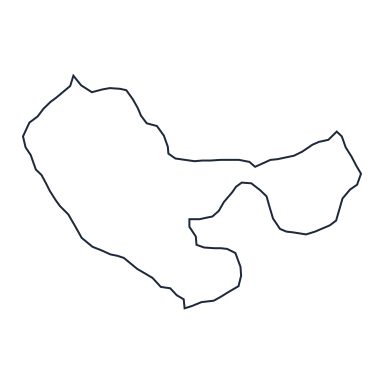 the district of Agia Trias, Cyprus
{"feature_id": "46923920B13972666362047", "entity_name": "Agia Trias", "entity_type": "district", "adm_level": 2, "iso_a3": "CYP", "parent_name": "Cyprus", "parent_adm1": "", "projection": "equal_earth", "projection_center": [34.248, 35.534], "detail": "fine", "context": "isolated", "style": "outline", "palette": "slate", "viewbox_px": 384, "rotation_deg": 0, "n_neighbors": 0, "source": "geoboundaries", "source_scale": "gbopen_adm2", "svg_char_len": 1433}
<svg xmlns="http://www.w3.org/2000/svg" viewBox="0 0 384 384"><path d="M77.0,80.2L73.4,75.7L70.2,86.0L61.9,92.9L56.2,97.7L50.5,101.9L43.4,108.8L37.7,116.4L29.4,122.6L23.0,136.4L25.6,147.4L30.7,155.0L35.8,169.5L41.5,175.0L46.0,183.3L49.8,190.9L55.5,199.9L60.0,206.1L68.3,214.4L74.7,225.4L81.7,237.9L92.5,246.8L101.4,250.3L110.4,254.4L117.4,255.8L123.8,257.9L137.2,268.9L152.5,277.9L160.8,286.9L170.3,288.3L176.7,295.2L183.7,299.3L184.6,308.3L191.4,306.2L201.6,302.1L213.7,300.7L220.1,297.2L229.0,291.7L238.5,286.2L241.1,275.8L240.5,266.9L235.4,253.0L227.1,248.9L220.7,248.2L214.3,248.2L204.1,247.5L196.5,244.8L195.8,236.5L189.4,226.8L189.4,219.2L199.6,219.2L206.0,217.8L212.4,216.5L218.8,210.9L223.9,202.0L232.2,192.3L236.0,186.8L241.7,182.6L251.3,183.3L260.2,190.2L266.6,196.4L269.1,205.4L273.0,218.5L280.0,228.9L286.4,231.6L292.7,232.3L306.1,234.4L315.1,231.6L321.4,228.9L329.7,225.4L336.1,220.6L339.3,209.6L342.5,198.5L350.1,189.5L357.1,184.7L361.0,173.7L356.5,166.1L351.4,156.4L345.7,147.4L341.8,136.4L336.7,131.6L328.4,139.8L318.9,141.9L312.5,144.7L302.3,151.6L294.0,155.7L277.4,159.2L270.4,159.9L255.1,166.8L249.4,161.9L239.2,159.9L232.8,159.9L220.1,159.9L211.1,160.5L202.8,160.5L194.5,161.2L175.4,158.5L168.4,153.6L167.8,146.7L163.9,135.7L156.9,126.0L146.7,123.3L141.0,115.7L137.8,108.1L132.7,99.1L126.3,90.2L120.0,88.8L109.8,88.1L102.1,89.5L91.9,92.2L81.1,85.3L77.0,80.2Z" fill="none" stroke="#1e293b" stroke-width="2"/></svg>